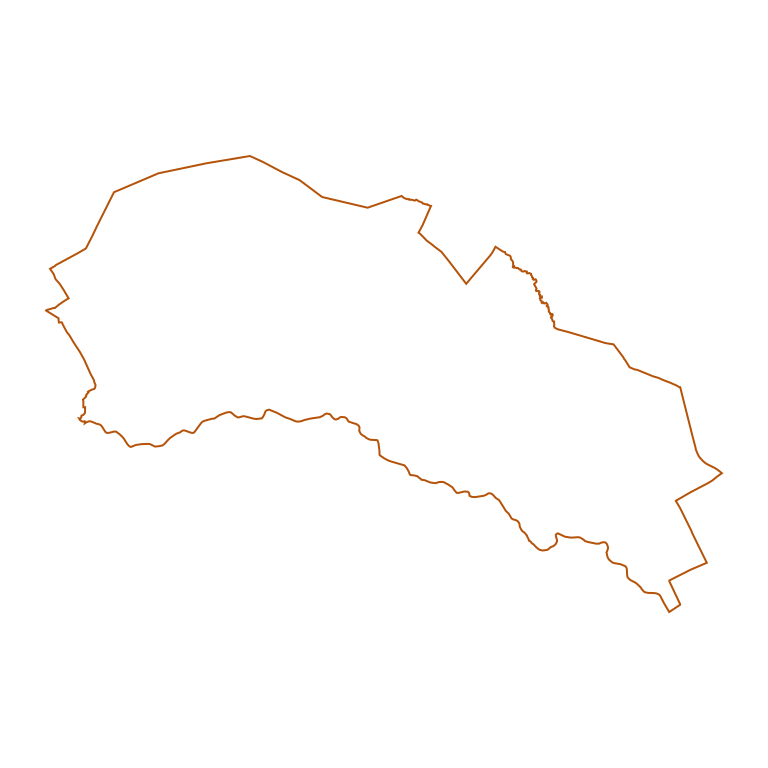 Fratautii Noi, Suceava, Romania
{"feature_id": "2599482B88519783611036", "entity_name": "Fratautii Noi", "entity_type": "district", "adm_level": 2, "iso_a3": "ROU", "parent_name": "Romania", "parent_adm1": "Suceava", "projection": "orthographic", "projection_center": [25.895, 47.931], "detail": "fine", "context": "isolated", "style": "outline", "palette": "amber", "viewbox_px": 768, "rotation_deg": 0, "n_neighbors": 0, "source": "geoboundaries", "source_scale": "gbopen_adm2", "svg_char_len": 6043}
<svg xmlns="http://www.w3.org/2000/svg" viewBox="0 0 768 768"><path d="M194.8,431.6L201.0,423.2L202.4,421.8L204.1,420.9L211.8,418.8L214.4,418.5L219.5,415.1L226.5,412.5L228.9,412.1L230.9,412.3L234.7,415.6L237.7,417.4L239.2,417.3L242.7,416.3L243.9,416.2L246.8,416.8L253.7,418.7L256.4,419.0L261.7,418.4L262.8,417.2L264.3,414.5L265.2,412.0L265.7,411.1L267.2,410.1L269.2,409.7L276.9,412.8L285.4,417.4L290.0,418.9L295.2,421.1L296.4,421.5L298.5,421.6L301.2,421.2L304.5,420.0L310.3,418.6L319.8,417.2L323.2,415.6L324.7,414.3L326.7,413.5L329.8,414.2L330.6,414.9L332.6,417.6L334.6,419.2L335.9,419.5L338.0,418.9L339.9,417.4L341.1,417.0L344.6,417.2L345.8,417.8L346.9,418.8L348.1,420.9L348.9,421.7L354.7,423.6L356.3,424.0L358.6,425.6L359.4,426.9L359.4,427.4L359.5,428.2L359.2,430.8L360.8,433.9L363.2,435.7L364.8,436.5L365.9,437.6L368.1,438.9L369.6,439.5L370.9,439.8L376.8,440.1L377.5,440.4L378.5,443.3L379.5,451.5L379.4,453.4L379.8,455.3L384.5,458.5L387.3,460.0L389.8,461.1L404.5,465.4L406.8,468.1L408.6,471.3L409.9,474.6L411.1,475.2L412.9,475.2L417.2,476.1L419.6,478.2L420.7,478.8L421.3,479.7L424.7,480.2L430.1,482.4L434.6,483.1L435.9,483.1L438.4,482.2L439.4,482.0L442.3,481.9L443.8,482.2L448.3,484.6L452.5,487.4L454.4,490.2L456.6,492.8L458.5,492.9L464.3,491.5L467.6,491.7L468.5,492.3L469.2,493.3L469.5,495.8L471.9,496.9L475.2,497.1L483.0,495.9L485.6,495.1L488.5,493.3L490.1,493.3L491.8,493.9L493.3,495.2L495.8,498.0L498.9,500.0L500.3,502.0L505.9,511.0L508.6,513.5L511.6,518.5L513.2,519.4L515.5,520.0L517.4,520.9L518.7,522.4L519.5,524.1L519.7,526.1L520.0,527.2L521.2,529.5L522.5,531.3L524.3,532.4L527.0,535.7L527.5,537.2L528.7,539.3L528.9,540.7L530.5,541.4L531.6,543.0L533.7,544.5L536.0,547.0L538.2,548.9L539.7,549.8L542.5,550.5L546.6,550.0L547.8,549.6L550.8,547.1L553.4,546.1L555.5,544.3L556.8,542.1L557.1,540.4L555.9,536.2L555.8,534.9L556.7,533.8L558.0,533.4L565.0,536.7L569.9,537.5L571.9,537.6L577.9,537.2L580.0,537.5L583.6,539.7L585.1,541.1L588.0,542.0L596.3,543.7L599.2,543.6L601.4,542.6L603.6,542.2L605.5,542.5L606.8,543.9L607.5,545.5L608.1,547.8L607.4,550.5L606.5,552.6L607.6,557.2L608.9,559.5L612.2,562.4L614.4,563.2L620.2,564.1L625.4,566.2L626.3,567.5L626.8,569.0L627.2,575.9L627.8,577.6L630.0,579.8L635.8,582.9L637.0,583.9L640.4,587.1L642.1,589.6L643.8,591.4L645.0,592.3L648.3,592.9L654.5,593.1L656.4,593.4L658.6,594.3L660.0,595.4L663.8,602.8L669.2,612.0L680.1,604.8L680.0,603.9L669.2,581.0L669.5,580.4L690.4,569.8L706.8,562.8L692.3,533.3L691.3,530.7L681.5,510.9L680.0,507.9L675.8,500.8L690.1,492.5L708.2,483.0L712.3,480.5L717.1,476.6L721.9,473.2L718.2,470.2L715.2,468.2L707.0,464.1L705.4,463.1L702.8,460.9L699.9,457.7L698.7,456.0L697.5,453.6L695.8,449.5L695.6,447.9L692.2,435.0L680.2,387.2L679.3,387.2L676.7,385.6L670.0,382.6L662.8,379.9L658.5,377.9L653.3,376.4L637.3,369.9L634.6,369.4L629.6,367.3L625.6,360.8L623.9,358.6L623.5,357.5L613.6,344.4L605.5,343.1L569.2,332.3L557.5,329.2L554.7,327.7L554.0,326.5L554.2,326.0L554.1,325.1L554.3,324.3L554.0,322.6L554.2,321.7L554.0,321.4L553.1,321.3L552.5,320.8L552.2,319.1L551.8,318.8L550.9,317.4L551.1,317.0L552.1,316.7L552.4,316.3L552.7,314.6L552.1,314.0L551.7,314.0L551.3,314.7L550.9,314.8L550.1,314.0L549.9,312.6L548.8,311.7L548.7,311.1L549.0,310.1L548.3,308.2L548.6,307.7L548.5,307.1L546.9,306.3L546.7,306.0L547.7,305.1L547.6,304.5L546.2,302.8L544.9,303.5L544.1,303.1L543.4,303.2L543.4,302.4L543.2,302.2L541.8,302.8L541.6,302.5L541.5,300.9L540.5,300.3L540.5,299.5L539.8,298.5L540.0,297.7L541.9,297.7L541.9,296.4L540.0,296.2L539.8,295.9L540.0,294.7L539.3,294.6L539.0,294.1L539.2,292.5L539.5,292.2L539.5,291.7L538.6,290.9L536.9,291.1L536.1,290.9L535.9,290.6L536.5,288.4L534.1,284.3L534.5,284.0L534.8,283.2L536.2,282.2L536.5,281.7L536.4,280.6L535.9,279.6L535.6,279.3L533.9,279.8L533.2,279.5L532.8,279.0L533.1,278.2L533.0,277.8L532.1,277.3L532.1,276.5L531.5,275.4L531.1,275.0L531.0,274.6L531.1,273.9L529.1,273.0L528.2,273.4L527.1,273.4L526.9,272.9L527.0,272.0L526.8,271.5L525.6,271.6L525.2,271.1L524.6,271.0L523.1,271.6L522.7,271.5L521.4,271.0L521.0,269.7L520.6,269.4L519.5,269.5L518.0,268.0L516.6,268.1L515.2,267.5L513.9,267.7L513.2,267.4L512.8,267.0L512.8,266.7L513.9,266.2L514.0,265.9L513.1,265.1L513.1,262.3L512.3,260.7L510.9,259.2L510.8,257.3L510.4,256.3L509.9,255.7L506.0,254.2L505.5,253.6L505.1,252.1L503.1,251.7L495.5,246.8L492.3,252.6L490.2,255.5L466.2,283.8L449.7,262.2L441.5,251.9L433.8,246.1L432.9,245.2L426.7,240.6L422.3,236.0L420.0,233.7L418.5,232.7L422.4,225.6L431.0,205.9L429.5,205.6L428.2,204.9L427.6,204.9L427.0,204.2L426.1,204.4L425.1,204.2L423.8,203.6L423.1,203.7L422.8,203.5L422.2,202.6L419.8,201.6L418.6,201.3L416.9,199.9L416.2,199.7L414.9,200.6L411.5,199.7L409.4,199.8L409.1,199.1L407.8,199.2L406.2,198.9L404.0,197.9L401.5,196.0L367.6,207.7L322.1,197.0L299.7,180.2L281.9,172.0L263.2,162.1L249.9,156.0L206.3,163.3L158.4,173.3L114.0,192.2L97.3,225.5L92.4,235.8L85.9,248.5L77.4,253.4L56.0,265.0L54.8,266.1L50.0,268.8L53.7,274.1L55.5,279.1L59.5,283.6L63.2,289.2L68.6,298.3L63.9,301.2L59.0,304.6L54.9,308.0L54.5,307.8L47.4,309.8L46.4,310.1L46.1,310.6L58.6,318.3L58.6,320.0L58.9,322.5L61.4,322.3L62.1,322.7L62.5,324.0L66.8,332.1L69.4,335.3L73.3,341.9L80.1,352.3L84.1,359.5L90.5,373.8L94.0,380.3L94.3,382.2L95.4,384.6L95.5,385.6L95.1,387.4L94.4,388.9L92.5,389.4L88.3,391.4L87.9,391.9L88.4,392.4L86.1,395.1L86.3,395.3L86.2,396.5L83.0,399.6L83.3,400.7L83.4,407.3L85.1,407.2L85.0,412.9L83.4,414.9L81.5,415.6L81.2,417.3L80.5,418.4L80.1,418.6L79.1,418.4L79.6,419.2L79.6,419.7L80.7,420.4L81.5,421.2L82.5,421.6L83.4,421.6L84.4,421.2L84.9,421.4L85.0,422.1L84.8,423.4L86.2,422.4L88.2,421.6L89.0,421.3L90.6,421.4L92.0,421.8L96.2,423.6L99.7,424.5L100.8,425.2L101.8,426.3L105.6,432.2L107.0,432.9L109.3,432.8L114.3,431.5L116.2,431.7L119.9,434.5L122.2,436.7L123.8,438.6L127.5,444.4L129.3,446.2L130.2,446.8L131.1,446.9L135.8,445.0L141.8,444.1L148.1,443.9L150.0,444.1L155.1,446.6L159.5,446.1L162.3,445.5L164.0,444.4L168.2,439.8L170.3,437.8L176.1,433.8L180.4,432.2L181.1,431.4L183.2,430.4L184.8,430.5L191.2,432.8L193.3,432.9L194.0,432.5L194.8,431.6Z" fill="none" stroke="#b45309" stroke-width="2"/></svg>